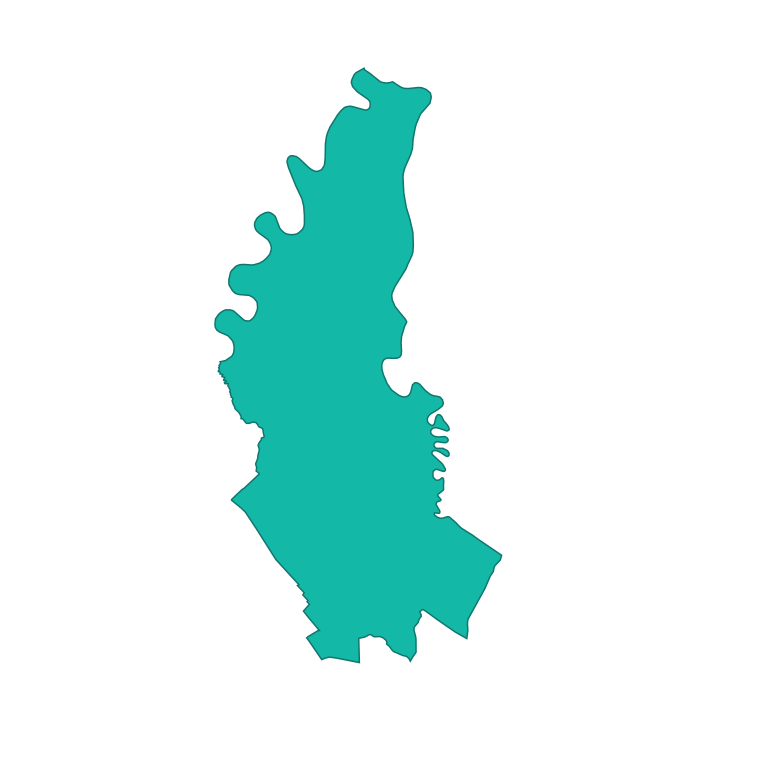 Vi Thanh, Hau Giang, Vietnam, rotated 134°
{"feature_id": "81297802B29627750987730", "entity_name": "Vi Thanh", "entity_type": "district", "adm_level": 2, "iso_a3": "VNM", "parent_name": "Vietnam", "parent_adm1": "Hau Giang", "projection": "natural_earth1", "projection_center": [105.433, 9.753], "detail": "fine", "context": "isolated", "style": "filled", "palette": "teal", "viewbox_px": 768, "rotation_deg": 134, "n_neighbors": 0, "source": "geoboundaries", "source_scale": "gbopen_adm2", "svg_char_len": 6171}
<svg xmlns="http://www.w3.org/2000/svg" viewBox="0 0 768 768"><g transform="rotate(134 384 384)"><path d="M430.4,208.7L431.1,214.4L433.9,227.8L434.1,231.8L433.8,235.3L434.3,244.7L435.5,246.3L439.4,248.4L441.3,250.0L442.6,252.6L442.9,254.0L443.1,256.5L442.6,257.6L441.7,258.2L438.7,254.5L438.0,254.4L437.0,255.1L436.5,256.0L434.5,262.8L433.8,263.5L432.1,263.9L431.3,263.7L429.3,262.5L428.5,262.3L427.8,262.6L427.5,263.0L427.1,267.9L425.7,268.5L419.4,267.6L418.4,267.9L415.2,271.2L412.9,273.0L411.1,275.1L410.7,276.0L410.9,276.7L411.4,277.2L413.9,277.4L415.6,278.2L416.7,279.4L417.1,280.6L416.9,283.6L416.2,284.8L413.6,287.4L412.0,288.0L409.6,287.5L408.8,286.9L406.0,281.2L405.1,280.0L404.4,279.8L403.3,280.0L402.5,280.9L401.2,285.3L400.9,287.1L401.2,299.3L401.1,300.7L399.7,302.2L398.4,302.2L397.1,301.7L395.3,299.7L393.9,295.8L393.0,290.0L392.2,288.2L391.2,287.6L389.9,287.8L389.3,288.4L388.4,289.6L388.0,291.0L388.0,292.6L389.4,297.0L393.5,301.2L394.0,302.0L394.2,302.8L393.9,304.7L393.6,305.2L392.5,306.3L391.2,306.6L388.8,306.0L384.4,299.9L382.8,298.5L380.9,298.3L380.3,298.5L379.4,299.3L378.9,300.9L379.3,303.1L379.7,303.9L384.5,308.2L386.8,311.8L387.1,313.4L387.0,315.9L385.7,317.5L385.0,318.0L382.8,318.2L381.6,318.0L379.6,316.6L377.8,314.0L374.1,306.1L372.4,305.3L371.1,305.7L369.8,308.4L369.2,311.6L369.0,315.2L367.3,319.9L367.3,321.9L367.6,322.9L368.9,324.0L371.0,323.8L372.3,323.3L376.6,320.7L378.2,320.0L379.9,320.1L380.9,321.5L381.3,324.1L380.9,326.5L379.3,328.4L377.5,329.4L374.1,329.9L364.1,327.3L359.1,326.8L356.7,327.8L354.7,331.1L354.5,334.6L356.1,337.5L358.1,340.2L359.4,343.8L360.0,349.8L359.4,357.8L359.6,359.5L360.6,361.6L361.7,362.7L364.8,362.9L370.8,359.4L373.3,358.5L375.7,358.4L377.7,359.2L379.0,360.1L380.6,362.3L381.8,365.3L383.0,373.5L382.8,376.0L381.6,381.8L377.6,391.2L374.5,396.2L371.1,399.4L368.6,400.5L366.2,400.9L364.0,400.2L362.3,398.9L359.4,395.4L356.3,392.5L353.6,391.4L351.6,391.7L350.2,392.6L348.0,394.4L342.6,400.3L337.6,404.4L328.1,409.3L324.4,410.4L323.3,411.1L322.5,413.9L321.5,423.2L320.5,430.1L317.8,436.5L315.1,439.8L313.0,441.3L306.4,443.8L286.1,448.1L281.5,450.0L272.4,453.1L269.1,454.8L264.0,459.1L254.9,468.5L247.6,479.7L241.4,490.8L232.9,502.4L221.5,514.6L218.1,517.0L213.8,519.3L200.9,524.0L195.0,527.0L187.6,533.2L178.1,539.5L174.4,541.5L164.4,545.3L150.0,546.0L144.8,549.3L142.9,552.1L142.5,553.1L142.5,554.7L142.9,558.4L144.7,562.7L146.9,565.3L154.4,571.6L157.0,574.5L157.9,575.9L159.0,578.9L160.6,587.7L162.6,588.8L165.9,591.3L168.4,595.0L169.0,596.4L169.3,598.3L170.4,610.0L171.5,616.0L170.7,617.7L179.6,620.4L182.4,620.3L187.3,618.5L189.3,617.4L190.3,616.2L191.9,612.9L192.3,607.5L192.3,605.5L190.4,593.9L190.5,591.2L190.8,590.1L192.0,588.6L194.6,586.4L196.8,586.1L198.0,586.4L199.3,587.1L200.3,588.3L206.4,599.5L207.5,601.1L210.0,603.2L212.5,604.5L217.7,604.8L222.8,604.3L236.5,601.4L243.0,598.9L246.1,597.2L251.8,593.1L262.4,583.2L266.9,579.7L268.5,578.7L273.2,577.8L276.8,579.2L278.0,580.4L278.9,581.4L280.1,584.8L280.6,588.7L280.7,601.5L281.4,605.3L283.2,608.2L284.5,609.5L285.7,610.0L287.9,610.1L290.7,608.8L291.9,607.7L294.8,602.8L302.7,585.1L307.8,571.6L312.0,565.1L318.1,558.3L324.2,552.4L326.3,551.0L329.3,550.1L333.8,550.3L336.6,550.9L338.9,552.5L341.6,555.0L344.1,558.9L344.6,562.0L344.6,565.4L344.3,567.3L339.0,578.6L339.0,581.4L339.7,584.6L340.6,586.3L343.2,588.4L346.4,589.5L348.4,590.1L352.3,590.5L353.7,590.3L357.0,589.4L358.7,588.4L360.2,586.9L362.0,583.7L362.3,581.8L362.3,579.2L360.9,568.9L360.9,567.2L361.8,563.8L363.7,560.2L365.8,558.4L370.0,556.3L375.2,555.9L379.5,556.3L383.5,557.5L388.6,560.4L390.4,561.9L395.0,567.5L398.1,570.4L399.4,571.1L400.9,571.9L403.1,572.4L408.4,572.4L410.4,571.9L416.7,568.1L419.7,565.1L420.6,563.8L422.1,557.9L422.2,554.7L421.6,552.8L420.1,550.1L413.9,542.6L412.9,539.2L412.6,536.9L413.1,533.0L413.7,531.6L416.9,528.0L418.5,526.8L424.0,524.5L426.9,524.0L431.4,524.3L432.6,525.0L434.8,527.6L435.4,529.8L435.8,541.2L436.1,543.5L437.8,546.5L440.8,549.5L443.8,550.7L447.0,551.3L449.3,551.3L454.3,550.4L458.2,547.3L459.6,545.8L460.4,544.7L461.3,541.9L460.9,538.4L457.7,530.1L457.7,528.3L458.1,523.4L458.9,521.2L461.5,517.4L464.7,514.7L466.1,513.9L467.8,513.2L469.9,512.8L477.3,514.3L481.9,517.4L482.8,515.8L485.2,515.6L486.0,514.3L487.2,514.2L487.7,512.7L490.0,512.1L490.1,511.6L489.5,511.3L489.2,510.5L490.7,508.8L489.6,507.7L489.2,506.6L489.4,506.2L490.9,506.2L491.2,505.5L489.9,503.2L490.1,502.8L492.2,502.4L492.7,502.0L492.6,501.4L491.3,500.2L491.5,499.3L492.1,499.2L493.7,499.8L494.3,499.0L493.6,497.7L491.9,496.7L491.9,496.2L493.7,495.1L495.1,490.6L495.7,490.0L496.9,489.5L497.3,487.7L498.3,487.1L498.8,485.4L499.7,484.7L499.3,483.8L499.4,482.9L500.0,482.3L501.6,481.6L503.4,478.2L503.9,476.0L504.5,475.4L505.3,473.8L505.3,468.3L506.4,464.8L507.0,463.7L508.2,462.9L507.9,462.1L507.2,461.4L507.9,456.5L507.7,455.5L505.7,453.4L502.7,452.1L501.0,449.8L500.7,449.0L500.8,447.8L501.7,444.2L500.4,440.6L501.3,438.9L503.1,436.7L505.0,433.6L506.0,433.5L507.5,434.5L508.3,434.5L509.3,433.5L512.8,433.1L515.6,432.0L517.3,428.8L518.3,427.7L522.9,425.1L524.7,423.5L528.2,421.8L529.6,421.4L530.8,420.6L532.5,417.6L535.4,415.5L535.1,412.2L535.7,411.2L557.2,412.3L558.1,412.8L572.6,413.4L573.5,413.0L572.5,401.0L572.4,394.9L576.8,375.2L585.4,339.8L587.5,305.8L589.1,306.3L589.6,296.4L592.1,295.9L592.6,288.3L594.1,288.1L594.2,284.6L603.3,284.2L604.1,278.8L606.2,259.3L607.1,260.1L618.3,263.1L620.4,263.3L620.4,262.4L621.6,256.2L625.5,237.4L621.7,235.7L618.4,233.6L613.9,227.4L601.5,208.2L584.5,225.5L580.1,222.5L577.6,221.3L575.1,220.8L573.9,219.9L573.2,218.7L573.1,216.8L572.6,215.4L568.9,211.9L568.0,210.5L567.2,208.3L566.9,204.3L567.8,202.6L569.3,201.4L569.0,198.3L569.8,193.2L569.8,191.3L566.2,181.7L564.8,179.6L564.1,177.6L564.3,174.9L565.1,172.5L560.4,173.7L554.7,174.6L545.2,183.9L543.5,186.1L540.5,191.1L538.6,192.9L537.4,193.4L531.8,193.8L529.2,195.2L525.2,195.9L524.2,197.0L523.0,200.2L519.2,199.5L518.4,196.0L516.3,180.8L512.9,160.4L509.6,147.6L502.8,152.7L499.2,156.7L497.2,158.6L494.7,160.2L460.8,169.4L448.5,174.1L443.0,175.1L439.0,177.6L437.6,178.0L429.9,178.1L426.1,180.0L425.5,180.5L430.4,208.7Z" fill="#14b8a6" stroke="#0f766e" stroke-width="1.5"/></g></svg>